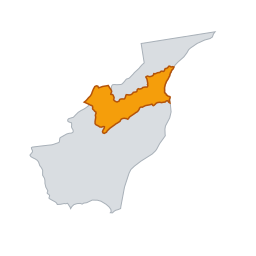 location of Souss - Massa - Draâ within Morocco, rotated 171°
{"feature_id": "MAR-1455", "entity_name": "Souss - Massa - Draâ", "entity_type": "Region", "adm_level": 1, "iso_a3": "MAR", "parent_name": "Morocco", "parent_adm1": "", "projection": "mercator", "projection_center": [-8.042, 30.523], "detail": "fine", "context": "in_parent", "style": "filled", "palette": "amber", "viewbox_px": 256, "rotation_deg": 171, "n_neighbors": 0, "source": "natural_earth", "source_scale": "10m", "svg_char_len": 5405}
<svg xmlns="http://www.w3.org/2000/svg" viewBox="0 0 256 256"><g transform="rotate(171 128 128)"><path d="M28.9,207.5L30.4,204.7L33.0,203.5L38.5,202.9L46.5,200.7L53.8,197.2L55.8,195.9L58.0,193.1L61.7,189.5L68.5,185.2L71.6,182.8L76.4,176.8L79.6,171.8L82.2,168.6L84.0,165.7L85.3,162.8L86.0,158.0L85.5,156.2L83.5,153.2L82.2,152.4L81.8,151.0L82.5,148.4L82.5,144.1L82.9,137.2L85.2,131.5L90.7,124.1L91.7,121.1L92.3,116.2L92.4,114.5L99.2,107.6L103.2,102.3L104.6,101.0L108.2,98.5L120.5,93.2L127.5,89.4L131.6,86.6L134.0,83.3L140.7,70.2L147.3,51.7L147.9,49.6L150.8,48.9L152.9,48.7L154.6,48.0L156.7,46.6L158.7,47.1L157.7,48.1L157.7,50.4L159.1,53.1L161.6,56.1L166.1,59.9L169.6,61.5L174.6,62.4L180.4,60.7L183.6,60.7L185.2,60.0L186.9,61.0L190.2,61.3L193.4,60.8L195.7,59.2L197.3,57.3L197.5,58.2L197.6,59.2L198.0,59.8L199.0,62.1L199.5,63.1L201.3,62.9L202.9,63.4L206.4,63.2L209.8,63.5L210.3,65.1L211.3,66.3L214.8,69.0L216.9,70.7L217.0,71.3L216.3,72.7L216.0,73.7L216.6,74.7L217.9,75.9L218.0,76.5L217.7,77.2L217.0,78.5L218.4,82.4L218.7,86.2L218.3,88.8L218.3,90.4L218.5,91.7L219.7,94.7L218.9,99.7L219.8,102.4L221.0,104.6L221.7,108.5L222.7,110.3L224.4,111.9L225.3,112.5L227.1,113.8L228.4,114.9L229.1,116.6L227.5,118.0L226.2,119.2L225.9,120.5L226.5,122.6L226.5,123.7L225.6,124.1L222.3,124.0L219.6,123.9L216.6,123.8L212.3,123.6L209.7,123.5L206.0,123.3L204.8,123.4L201.4,124.0L199.1,124.4L198.7,124.5L198.0,125.0L197.5,126.6L197.0,128.3L196.5,129.1L189.4,131.7L186.7,132.0L185.1,131.8L184.0,132.0L183.0,132.5L182.6,133.3L182.6,134.4L182.8,135.4L183.5,136.9L183.6,138.4L183.2,139.4L183.1,140.5L182.9,141.6L183.2,142.2L183.9,142.3L184.6,142.8L185.6,143.3L186.4,144.2L186.3,145.4L185.6,146.2L185.1,146.5L182.4,146.9L180.3,147.1L177.6,149.2L174.7,151.3L171.2,152.8L169.7,153.2L167.1,154.2L163.9,155.9L162.3,158.6L160.3,161.7L158.4,163.7L155.9,165.7L153.4,166.5L150.4,167.4L146.6,168.1L143.8,168.4L143.0,168.5L140.7,168.6L139.5,168.4L138.6,168.3L138.3,168.6L138.1,169.0L138.1,170.2L137.9,171.4L137.2,172.5L136.6,173.0L136.0,173.2L134.0,172.9L132.3,172.5L128.3,172.1L127.5,172.2L127.2,172.3L126.0,173.1L124.1,174.6L122.8,175.9L121.8,176.6L119.5,176.9L118.5,177.4L114.1,180.7L113.2,181.6L108.8,184.5L107.5,185.4L106.5,186.4L103.9,188.5L102.2,189.5L101.8,190.0L101.8,191.3L101.8,194.2L101.8,197.0L101.8,201.0L101.8,205.0L101.8,209.4L26.9,209.4L28.9,207.5Z" fill="#d9dde1" stroke="#a8b0b8" stroke-width="1"/><path d="M167.2,160.4L165.4,161.4L164.0,162.5L162.2,164.1L160.4,165.3L158.8,167.1L157.6,169.3L156.1,171.8L154.3,174.1L152.7,174.6L151.3,174.1L150.7,172.3L148.6,172.6L146.6,173.0L144.5,173.0L142.1,173.0L140.9,173.1L138.7,168.1L138.4,167.0L138.5,166.3L139.6,164.5L139.7,163.9L139.1,163.7L138.1,163.5L137.6,162.8L137.1,160.9L137.0,160.1L137.5,158.7L137.8,158.1L136.9,156.8L135.6,155.8L134.7,155.4L133.3,155.8L132.5,156.1L132.0,157.1L131.4,157.6L130.6,157.7L129.3,157.7L128.2,157.4L126.9,157.3L126.3,158.0L125.6,159.2L125.1,160.3L124.5,161.2L122.7,160.8L122.1,160.5L121.5,160.5L120.9,160.4L119.4,160.6L118.6,161.1L117.8,161.7L117.2,162.4L114.5,162.4L113.7,162.6L113.2,163.4L112.9,164.4L112.3,164.9L111.5,165.2L110.6,164.7L109.5,164.7L108.2,164.9L107.1,165.7L104.6,165.8L103.6,165.5L102.4,165.6L102.0,166.3L101.7,166.9L101.8,167.5L102.0,167.9L101.6,168.4L101.5,168.9L101.5,169.4L101.6,172.9L101.8,174.0L102.3,175.0L102.4,175.6L102.0,175.9L101.4,176.0L100.8,176.3L98.6,175.3L96.8,175.4L95.2,175.9L94.4,176.8L94.0,177.7L93.6,177.6L93.3,177.3L92.8,177.3L91.4,177.6L90.5,177.9L89.5,178.0L88.7,177.9L87.9,177.9L86.7,178.8L85.9,178.9L85.1,178.7L84.3,178.3L83.3,178.7L82.9,179.3L82.6,180.1L81.9,180.9L81.0,180.8L80.2,181.0L79.3,181.4L78.1,182.6L77.3,182.6L76.6,182.2L76.3,181.8L75.8,181.6L75.4,181.5L74.2,181.6L73.1,181.0L73.9,179.7L74.4,179.1L74.7,178.9L75.3,178.6L75.6,178.4L76.0,177.7L76.4,177.2L76.6,176.8L76.7,176.5L76.8,176.3L77.4,175.9L77.5,175.8L77.6,175.3L78.3,174.3L78.4,174.1L78.4,173.7L78.5,173.3L78.7,172.9L78.9,172.6L79.7,171.8L79.8,171.6L79.9,171.3L80.6,170.3L82.7,168.0L84.5,164.9L85.5,162.4L85.7,161.7L86.0,159.2L86.3,157.9L86.3,157.6L86.2,157.0L86.1,156.8L85.8,156.6L85.5,156.3L85.3,156.0L84.9,155.0L84.8,154.4L84.6,154.3L84.4,154.2L84.2,154.2L83.8,153.5L82.6,152.7L82.2,152.7L81.9,152.6L81.6,152.3L81.6,151.6L82.0,150.8L82.4,150.1L82.7,149.5L82.9,149.1L82.9,148.8L82.8,148.6L82.7,148.5L82.7,148.3L82.7,148.2L82.7,146.2L83.6,146.9L84.3,148.2L84.9,148.8L85.7,148.8L86.6,148.3L87.3,147.8L89.0,147.9L90.9,147.8L92.5,148.4L94.4,148.5L95.7,148.3L96.4,148.0L97.1,147.4L98.8,146.3L99.5,146.1L99.9,146.4L100.2,146.8L100.3,147.5L100.6,147.8L101.1,147.8L102.0,147.6L103.2,147.5L107.2,147.4L109.5,146.7L110.4,146.3L111.8,146.6L112.6,146.5L113.4,145.9L114.1,144.7L115.0,143.6L116.1,142.7L117.3,142.1L118.1,142.0L118.7,141.5L124.5,138.8L125.4,138.0L126.0,137.3L126.5,137.0L126.8,136.7L127.5,137.1L128.1,137.6L129.1,137.8L130.2,138.2L131.8,138.2L133.2,137.8L134.1,137.0L134.9,135.8L138.6,134.2L139.4,134.0L140.5,133.3L145.7,130.7L149.0,128.4L149.9,127.2L152.3,126.4L153.5,127.1L153.8,128.3L153.0,129.8L151.4,131.7L151.1,133.0L151.7,133.2L152.7,133.3L153.9,133.0L154.8,133.2L155.8,133.5L156.6,134.4L159.1,136.2L159.8,137.4L159.5,139.6L158.3,143.3L158.2,144.5L158.3,145.5L157.8,146.8L157.3,147.3L157.3,148.0L157.3,148.9L157.8,149.3L158.4,149.9L158.7,150.6L159.3,151.5L159.9,152.2L159.9,153.2L159.6,154.0L159.7,155.2L160.6,156.1L161.5,156.4L162.8,157.5L164.6,158.7L167.2,160.4Z" fill="#f59e0b" stroke="#b45309" stroke-width="1.5"/></g></svg>